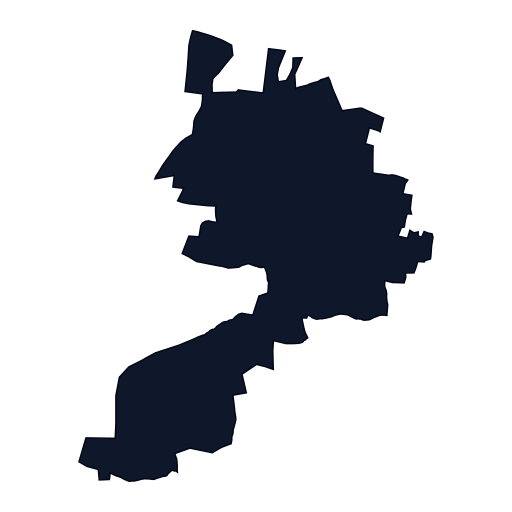 Cuncunul, Yucatán, Mexico
{"feature_id": "50627088B4763987970493", "entity_name": "Cuncunul", "entity_type": "district", "adm_level": 2, "iso_a3": "MEX", "parent_name": "Mexico", "parent_adm1": "Yucatán", "projection": "robinson", "projection_center": [-88.345, 20.622], "detail": "fine", "context": "isolated", "style": "filled", "palette": "ink", "viewbox_px": 512, "rotation_deg": 0, "n_neighbors": 0, "source": "geoboundaries", "source_scale": "gbopen_adm2", "svg_char_len": 5977}
<svg xmlns="http://www.w3.org/2000/svg" viewBox="0 0 512 512"><path d="M79.0,461.8L87.0,466.4L98.3,469.5L99.2,479.9L99.5,479.9L102.8,479.8L108.6,479.5L109.3,479.5L109.7,477.6L110.0,473.1L111.7,473.7L112.2,473.9L113.3,474.4L114.6,475.1L116.1,475.8L117.5,476.2L118.8,476.6L121.0,477.5L124.3,479.3L127.0,480.4L127.9,480.8L129.4,481.3L131.6,481.0L133.2,481.0L134.0,481.0L135.2,480.8L139.1,479.9L140.2,479.5L141.0,479.2L143.0,479.0L144.8,478.7L147.2,478.8L149.1,478.9L152.6,479.3L153.8,479.4L154.3,479.3L156.1,478.5L159.0,477.6L160.5,477.2L162.3,476.5L164.6,476.1L165.3,476.1L166.8,475.6L167.4,474.6L168.3,473.5L169.5,472.3L170.6,471.4L171.9,470.2L173.6,470.7L174.3,471.0L175.3,470.9L176.0,471.1L177.0,471.8L177.4,472.1L177.1,469.9L177.2,468.1L177.2,466.9L177.2,465.2L177.0,464.0L177.0,462.7L177.0,462.1L176.8,460.1L176.5,458.5L175.5,455.8L174.9,454.0L174.8,453.6L189.9,448.1L195.6,449.3L212.3,452.7L221.3,447.4L227.6,445.0L229.4,444.3L231.1,443.7L231.8,440.0L231.7,437.3L232.9,433.6L233.2,429.8L234.3,425.8L235.4,421.8L235.8,419.5L235.6,416.5L234.8,411.8L234.5,408.3L232.9,395.2L246.3,392.8L242.0,374.2L256.5,364.4L265.3,366.6L273.3,369.4L273.0,360.2L272.8,350.9L272.8,350.4L273.1,345.7L273.4,340.6L286.1,343.6L293.0,343.6L293.5,343.6L293.8,343.6L294.6,343.5L296.0,343.4L297.3,343.4L298.9,343.2L299.5,343.1L300.1,343.0L300.9,342.7L302.1,342.4L303.1,341.6L303.9,340.4L305.0,340.1L305.4,339.9L306.2,338.8L307.0,338.2L307.7,337.8L305.0,332.1L303.7,327.2L301.8,317.9L306.7,318.0L307.3,315.7L307.5,315.1L307.9,315.3L309.4,315.7L310.4,316.2L312.1,317.5L312.4,317.8L313.1,318.0L313.9,318.2L315.1,318.9L315.9,319.0L317.2,319.2L317.5,319.1L320.3,318.7L320.7,318.7L322.2,318.7L322.5,318.7L323.9,318.4L325.8,318.1L327.1,317.8L327.6,317.7L329.0,317.3L331.9,316.6L333.0,316.0L334.4,315.5L336.0,314.9L337.0,314.8L338.0,314.5L339.6,314.2L340.8,314.0L347.0,314.7L347.6,314.8L348.2,315.1L349.1,315.5L349.6,315.8L350.5,316.3L351.6,316.8L352.6,317.4L353.7,317.8L354.2,318.2L356.4,319.0L357.4,318.8L358.3,318.8L359.3,319.0L360.5,319.0L361.4,319.4L362.4,319.8L363.0,319.9L364.0,320.2L364.8,320.2L369.6,319.7L370.4,319.2L371.5,318.7L372.6,318.3L374.0,317.2L375.4,317.0L376.5,316.5L377.0,316.3L377.8,316.1L378.3,315.7L379.2,315.4L382.2,315.0L383.0,315.1L384.2,315.1L385.9,315.4L386.9,315.4L387.0,313.4L387.7,304.9L387.3,302.8L387.0,301.5L386.8,299.5L386.6,297.9L386.5,297.0L386.6,295.7L386.7,293.8L386.4,292.0L386.3,291.1L385.9,289.8L385.3,288.5L384.8,287.2L384.6,284.6L384.7,282.7L384.7,280.8L387.0,281.1L392.3,282.5L396.1,282.6L397.5,282.6L403.6,282.9L404.1,282.9L404.9,280.4L405.8,277.1L405.5,272.9L408.2,272.9L411.4,272.9L413.9,272.9L414.9,270.5L415.8,268.0L416.6,265.5L417.5,261.6L424.5,261.9L424.8,260.7L430.4,259.0L430.9,255.9L431.6,245.6L432.4,241.0L432.4,240.7L433.0,237.2L432.0,233.8L427.9,233.0L424.1,231.5L421.6,237.3L418.2,235.8L418.2,231.9L414.5,232.7L413.7,232.7L409.9,230.3L407.5,238.2L403.9,237.4L397.9,236.1L400.0,231.0L401.1,228.1L401.3,227.6L404.3,227.0L405.4,219.8L405.6,219.3L407.0,214.2L407.1,213.8L411.5,214.0L410.3,209.0L410.4,207.9L411.0,201.8L411.9,195.3L402.8,193.7L405.2,183.8L406.3,182.1L407.8,180.1L407.2,179.7L406.1,179.3L405.4,179.1L404.8,178.9L404.2,178.5L403.3,178.0L401.5,177.5L398.4,176.4L397.5,176.1L395.6,175.5L393.0,175.0L391.5,174.9L390.1,175.1L388.8,175.3L372.9,173.0L372.8,163.7L372.9,154.8L372.9,154.2L373.1,145.9L365.4,143.7L366.5,139.5L369.4,127.9L375.3,129.7L379.6,131.3L380.1,131.8L383.6,118.1L372.7,113.2L362.2,108.4L360.4,108.1L342.1,110.7L338.8,103.1L332.9,89.4L329.7,80.0L328.3,77.3L326.1,78.1L323.8,78.9L320.8,79.7L319.6,80.6L317.3,81.9L315.2,82.2L311.5,83.4L309.3,84.1L307.5,85.1L304.8,85.8L299.6,87.0L295.6,88.4L294.7,74.2L296.9,69.5L302.1,57.7L293.1,58.0L292.8,67.6L290.0,74.2L286.4,80.5L278.3,81.8L277.2,74.6L278.5,67.6L285.3,50.9L283.2,50.6L280.7,50.2L268.6,48.7L264.6,81.4L263.2,93.0L255.0,92.0L250.0,91.4L244.1,90.7L238.3,89.9L236.4,92.0L235.4,92.1L225.5,92.3L212.2,92.7L212.0,84.4L212.9,78.5L215.5,75.9L217.0,74.4L218.3,73.3L221.6,69.1L225.2,64.4L232.8,55.3L231.6,45.2L224.3,41.3L222.0,40.1L211.0,35.9L198.2,32.0L192.6,30.7L192.5,30.9L190.6,37.4L188.9,45.6L188.2,57.3L187.2,70.6L185.3,89.2L185.0,91.5L202.7,93.9L202.6,94.8L202.5,96.1L202.5,98.7L202.3,101.3L201.5,106.4L200.2,109.0L198.6,111.9L197.1,114.1L195.8,116.3L194.7,119.1L193.9,121.6L193.8,124.5L193.2,130.0L192.3,134.6L186.0,138.1L180.9,142.1L176.9,146.4L172.8,151.1L168.8,156.9L166.0,160.6L162.9,165.0L160.5,169.0L158.6,172.2L156.1,175.9L154.9,178.9L174.3,175.5L172.9,187.0L174.7,187.3L183.7,188.3L183.4,188.9L183.2,189.3L182.9,190.0L182.4,191.3L177.6,200.8L182.6,202.5L188.5,203.7L190.8,204.0L195.9,204.5L201.9,205.1L207.8,205.7L215.7,206.0L215.6,208.0L215.6,211.4L215.7,213.8L215.9,216.2L216.3,218.4L217.1,222.2L214.3,222.1L211.3,221.6L208.8,220.8L205.6,221.3L202.5,222.9L200.9,225.6L199.0,236.8L188.9,236.1L182.2,253.5L189.2,257.0L196.6,261.5L219.6,266.0L221.8,266.2L228.6,268.1L237.9,267.3L238.2,267.2L238.5,267.2L239.6,266.8L240.7,266.0L241.2,265.8L242.8,265.2L244.0,264.8L245.7,264.4L246.7,264.0L247.7,263.8L248.6,263.7L249.6,264.0L250.7,264.5L251.9,264.8L255.2,266.1L255.8,266.1L256.8,266.1L257.7,266.8L259.2,267.2L259.8,267.4L261.2,267.5L263.4,267.2L264.4,267.0L264.8,267.8L265.3,269.2L265.7,270.1L266.1,271.2L266.5,272.2L266.9,273.8L267.2,275.7L267.3,277.1L267.3,277.9L267.4,279.3L267.7,280.9L268.7,280.7L267.9,293.0L259.0,296.0L252.8,315.1L241.7,313.3L238.5,314.3L237.8,314.9L237.0,315.6L235.7,316.5L234.4,317.8L233.9,318.5L233.2,319.2L232.6,319.5L232.2,319.7L230.4,320.0L229.7,320.1L228.9,320.5L227.9,321.1L227.0,321.5L226.1,321.6L225.1,321.7L223.4,322.1L222.9,322.3L218.2,325.4L216.6,326.6L215.9,327.7L214.1,329.3L212.4,329.4L211.0,330.0L210.2,330.6L208.8,331.8L207.8,332.5L206.4,333.2L205.0,334.7L203.9,335.0L202.5,335.3L197.6,337.2L195.3,338.4L179.2,345.1L155.6,352.8L146.7,357.6L140.9,360.9L128.9,366.9L119.4,377.2L115.9,395.7L115.9,423.7L115.3,436.4L115.3,436.5L115.2,438.3L113.8,438.3L86.0,437.9L79.0,461.8Z" fill="#0f172a" stroke="#020617" stroke-width="1.5"/></svg>